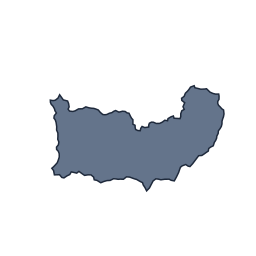 Vargem Grande do Sul, São Paulo, Brazil, rotated 217°
{"feature_id": "56859067B45488213121507", "entity_name": "Vargem Grande do Sul", "entity_type": "district", "adm_level": 2, "iso_a3": "BRA", "parent_name": "Brazil", "parent_adm1": "São Paulo", "projection": "robinson", "projection_center": [-46.893, -21.868], "detail": "fine", "context": "isolated", "style": "filled", "palette": "slate", "viewbox_px": 256, "rotation_deg": 217, "n_neighbors": 0, "source": "geoboundaries", "source_scale": "gbopen_adm2", "svg_char_len": 2485}
<svg xmlns="http://www.w3.org/2000/svg" viewBox="0 0 256 256"><g transform="rotate(217 128 128)"><path d="M88.9,206.6L90.4,205.1L93.2,202.8L95.9,201.7L98.8,200.4L100.6,201.6L102.7,198.3L102.5,195.1L102.7,192.8L103.1,190.3L102.2,187.0L103.1,184.0L101.6,182.4L97.9,182.3L96.9,178.1L94.3,176.7L95.4,174.2L94.5,171.2L92.7,168.8L92.1,166.8L94.1,165.5L97.1,163.5L99.0,164.9L100.4,162.8L101.7,159.6L100.8,157.6L103.3,156.3L104.1,153.4L105.5,150.7L108.2,148.6L111.2,147.9L112.8,146.8L113.8,144.7L113.2,142.8L112.1,141.2L114.9,138.4L117.7,137.7L117.6,135.4L116.6,133.2L118.6,131.9L121.0,131.4L122.5,132.6L124.0,134.4L126.4,134.0L127.8,135.9L129.1,137.6L130.9,137.9L132.8,138.7L136.1,140.4L137.8,139.5L140.2,139.5L142.5,138.1L144.8,135.2L148.4,134.5L149.5,132.6L150.1,130.6L151.8,128.5L153.0,126.1L154.4,124.7L156.2,123.6L159.5,123.8L162.6,124.5L165.1,123.8L167.1,123.1L169.1,121.8L171.4,120.6L174.4,119.5L176.0,115.9L179.0,113.5L180.6,109.8L182.0,108.0L184.9,106.3L187.2,107.0L187.7,109.4L190.2,111.8L192.5,113.2L196.6,111.5L199.7,112.5L202.6,113.4L201.9,109.8L202.8,106.4L204.3,104.8L206.8,103.5L205.4,101.8L203.5,100.7L201.1,100.3L198.3,99.1L196.7,97.8L194.2,96.9L194.3,93.4L193.1,91.3L191.0,90.7L188.7,89.1L185.7,86.1L183.8,83.4L181.0,81.8L178.9,79.1L177.3,76.7L174.8,75.2L173.5,72.7L173.6,69.7L172.1,67.9L169.7,67.5L167.5,66.1L165.4,63.4L164.3,60.2L163.6,57.7L163.8,55.1L164.1,52.3L164.6,50.0L161.8,49.2L158.6,46.3L156.4,48.0L154.6,49.5L151.1,48.7L149.1,49.6L147.9,53.1L146.5,55.8L146.9,58.8L144.1,60.1L141.8,61.1L141.1,63.8L137.2,63.9L134.2,64.0L131.7,66.6L129.3,68.3L125.9,68.1L123.8,66.3L121.2,67.5L116.8,67.9L115.2,70.6L113.2,73.3L110.7,75.4L109.0,78.8L106.9,80.1L105.0,81.1L103.3,82.6L100.8,84.3L99.8,88.1L97.1,89.8L92.2,91.3L90.2,92.1L87.7,92.4L85.6,92.7L83.5,93.1L81.6,91.7L78.5,90.6L75.3,89.0L74.8,93.1L75.3,95.9L76.1,100.8L75.2,104.1L72.9,105.5L70.6,106.4L67.8,109.2L64.3,111.9L62.1,112.2L59.2,113.6L59.8,117.9L60.4,120.9L60.8,122.9L61.6,125.3L62.5,128.2L61.9,130.5L59.9,133.6L57.1,133.7L55.3,134.5L54.9,138.4L54.9,141.0L54.9,144.1L54.9,148.4L52.5,150.5L51.5,153.3L50.9,155.3L50.0,157.9L51.2,160.2L50.5,162.5L49.2,165.1L50.4,168.5L50.5,170.7L51.1,173.2L52.2,175.0L52.7,177.9L54.1,180.1L54.1,182.8L54.4,185.4L55.4,187.8L57.0,190.0L57.9,192.3L58.5,194.4L59.8,197.0L62.5,199.9L64.7,199.8L67.0,200.3L69.3,200.6L71.1,201.6L72.3,203.2L72.6,205.7L74.5,208.3L76.0,209.7L78.4,207.8L81.0,206.7L84.1,206.0L86.5,206.3L88.9,206.6Z" fill="#64748b" stroke="#1e293b" stroke-width="1.5"/></g></svg>